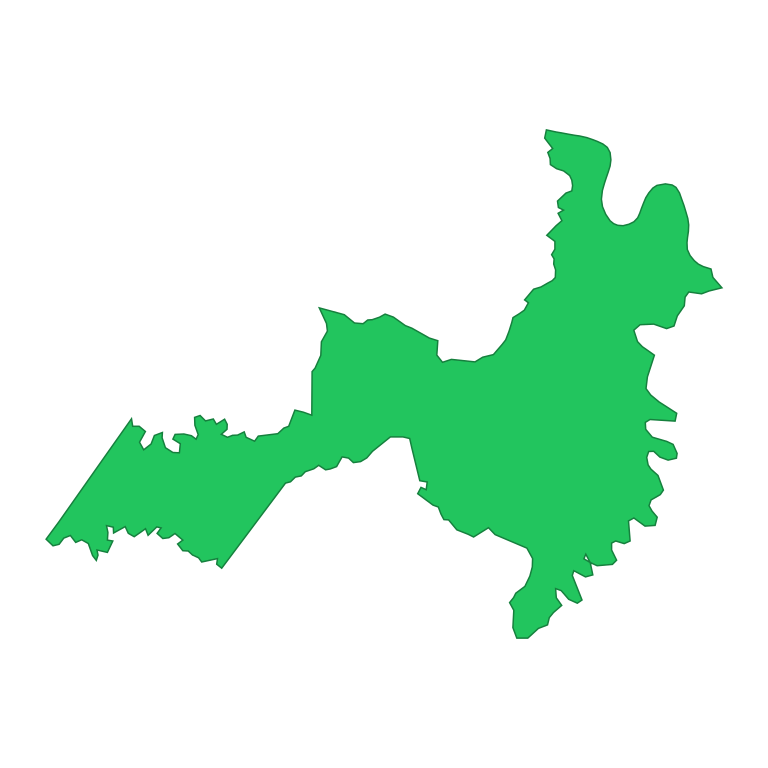 outline of Nonoai, Rio Grande do Sul, Brazil
{"feature_id": "56859067B21998969207293", "entity_name": "Nonoai", "entity_type": "district", "adm_level": 2, "iso_a3": "BRA", "parent_name": "Brazil", "parent_adm1": "Rio Grande do Sul", "projection": "orthographic", "projection_center": [-52.863, -27.353], "detail": "fine", "context": "isolated", "style": "filled", "palette": "green", "viewbox_px": 768, "rotation_deg": 0, "n_neighbors": 0, "source": "geoboundaries", "source_scale": "gbopen_adm2", "svg_char_len": 4080}
<svg xmlns="http://www.w3.org/2000/svg" viewBox="0 0 768 768"><path d="M567.9,134.1L561.5,132.9L556.1,132.0L546.4,129.9L544.7,138.1L548.5,143.1L552.7,148.5L547.8,152.4L550.1,158.6L550.4,164.6L556.6,168.7L563.6,170.9L569.7,175.6L571.8,180.1L572.6,185.7L571.8,190.9L565.9,193.1L557.5,201.1L558.4,207.5L563.5,210.1L558.1,213.3L561.9,220.7L556.1,225.7L546.8,235.3L554.9,241.4L554.9,249.2L551.6,254.7L554.1,258.9L553.7,264.0L555.6,269.9L555.3,277.5L552.2,280.7L547.7,283.1L540.9,287.0L533.6,289.2L524.6,299.9L528.4,302.8L524.3,310.2L518.7,314.1L513.0,317.6L511.8,322.4L509.0,331.4L505.7,339.9L502.1,344.5L493.4,354.6L482.7,357.2L475.0,361.9L451.4,359.4L442.5,362.3L436.8,355.1L437.8,340.7L429.2,338.0L411.9,328.2L405.3,325.6L393.4,317.1L385.1,314.1L379.5,317.2L372.2,319.7L367.7,320.0L363.1,323.7L354.5,323.0L344.3,314.7L319.3,307.9L326.5,323.5L327.4,331.1L321.4,341.8L320.8,355.4L315.1,368.1L312.1,371.6L311.8,415.2L303.4,412.2L294.9,410.1L288.7,426.3L283.8,428.1L277.8,433.7L258.3,436.1L254.6,441.2L246.1,437.3L244.2,431.9L237.6,435.1L232.6,435.3L227.5,437.3L221.3,434.3L227.0,429.3L227.2,424.3L224.6,419.2L216.4,424.3L213.3,419.0L205.5,420.9L200.1,415.5L194.6,417.4L194.9,425.3L198.2,434.6L196.1,439.2L191.4,435.7L183.9,434.0L175.1,434.4L172.9,439.1L180.3,443.7L179.4,452.8L172.9,452.5L165.4,447.7L162.1,437.8L162.4,432.5L154.4,435.5L151.1,444.0L143.7,449.8L139.5,442.2L145.4,431.5L139.2,426.3L132.7,426.3L131.5,418.8L105.8,455.2L59.0,521.7L46.1,539.2L53.0,545.8L59.1,544.3L63.8,538.1L70.4,535.5L75.7,542.4L81.7,539.8L88.3,543.5L92.6,555.6L96.3,560.4L98.0,555.1L97.0,550.0L107.4,552.4L112.8,541.0L107.4,540.1L107.9,532.5L106.5,525.6L113.3,527.2L113.6,533.0L125.2,526.6L128.3,533.3L134.2,536.7L141.1,531.9L145.5,528.7L148.1,535.3L156.8,526.9L161.1,527.9L157.1,533.4L162.8,538.5L168.9,537.7L175.0,533.5L182.8,540.1L177.6,544.0L182.8,550.7L188.2,551.0L192.5,555.0L198.6,557.8L201.7,562.0L217.5,558.6L216.7,564.2L221.7,568.2L285.5,483.1L290.5,481.8L295.3,477.1L301.3,475.9L305.3,471.7L313.8,468.8L318.7,465.3L325.6,469.8L330.1,469.0L336.6,466.6L339.1,462.1L342.1,456.9L348.6,458.1L353.4,462.6L360.6,461.6L366.8,457.9L372.5,451.3L390.4,436.9L402.9,436.9L409.7,438.5L411.9,448.2L419.8,480.7L427.2,482.0L426.2,489.7L421.0,487.4L417.7,493.7L433.0,505.1L438.3,507.0L441.0,514.1L443.9,519.6L448.6,519.9L456.8,529.8L468.2,534.3L473.6,537.0L488.5,527.7L495.1,534.6L526.9,548.1L532.6,558.5L532.3,567.0L529.9,576.0L524.9,586.4L515.8,593.2L513.6,597.6L509.6,602.6L513.8,610.3L512.9,627.6L516.8,638.1L527.8,638.1L538.4,628.4L547.5,624.9L549.3,617.6L553.5,612.5L561.7,605.4L556.3,597.8L555.6,588.6L561.2,590.6L568.7,599.3L577.3,603.2L582.0,600.0L572.3,575.5L573.8,570.7L585.5,576.9L592.8,574.9L590.2,562.5L597.1,565.7L612.4,564.4L616.6,560.2L611.6,550.0L611.6,543.1L615.7,541.0L624.2,543.6L630.1,541.0L628.5,520.9L633.9,518.0L645.0,526.1L655.1,525.4L657.2,517.2L652.0,511.0L649.0,505.7L651.1,499.9L660.3,494.6L663.4,490.1L658.0,475.5L650.9,469.1L648.1,464.9L646.7,457.4L648.7,451.5L653.7,451.3L659.9,457.1L668.1,460.1L676.4,458.2L677.1,453.4L673.1,444.4L666.7,441.4L652.3,437.2L645.7,429.3L645.3,422.4L650.0,419.5L675.1,421.1L676.7,413.3L659.0,401.9L650.7,395.0L646.0,388.6L647.4,376.9L654.4,355.2L646.5,349.6L642.3,346.7L637.5,341.6L633.8,330.2L640.1,324.7L653.7,324.1L666.6,328.6L674.0,326.0L677.3,315.9L684.3,305.8L685.1,297.1L688.8,292.0L701.6,293.8L709.0,291.0L721.9,287.8L712.9,277.4L711.0,269.0L703.3,266.6L698.3,264.1L694.3,260.7L690.1,255.6L687.3,249.5L687.0,242.6L687.5,237.6L688.4,231.4L688.7,224.9L687.8,218.5L686.1,212.6L684.0,205.6L681.9,199.8L679.5,193.0L676.0,187.4L672.2,185.0L665.4,183.9L656.9,185.4L652.8,188.1L648.8,192.9L645.8,197.7L643.7,202.7L641.5,208.3L639.8,213.1L637.7,217.8L633.9,221.8L629.0,224.2L623.1,225.7L617.7,225.3L613.7,223.7L610.1,220.8L605.7,214.3L602.5,206.7L601.4,199.2L602.4,190.5L604.5,183.1L606.2,177.9L608.2,172.1L610.1,166.0L610.9,159.9L610.1,152.6L607.3,147.4L602.9,144.0L597.3,141.4L592.9,139.7L586.8,137.6L579.7,136.0L574.7,135.3L567.9,134.1ZM590.2,562.5L583.9,558.8L585.8,554.2L590.2,562.5Z" fill="#22c55e" stroke="#15803d" stroke-width="1.5"/></svg>